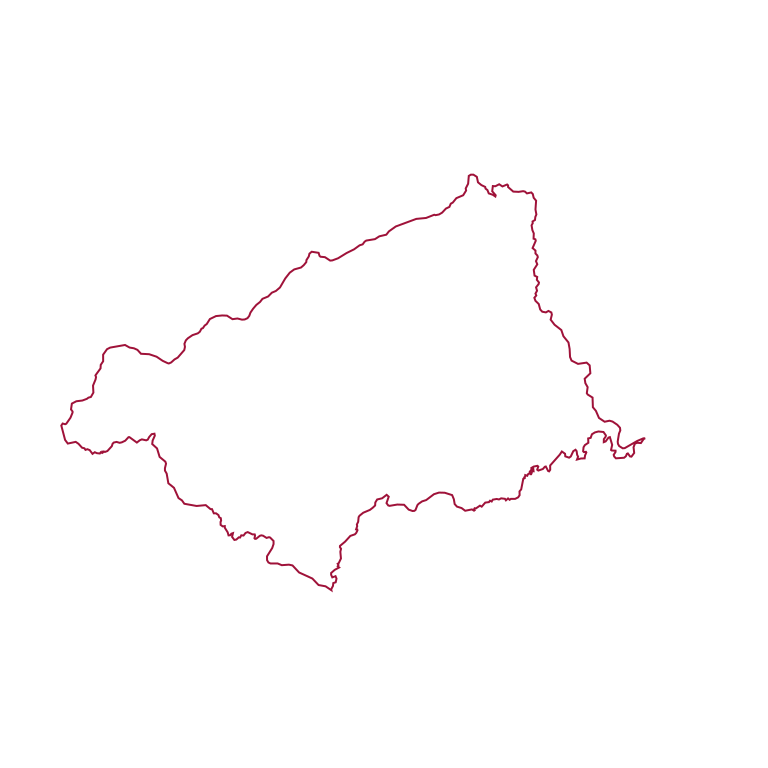 Nóvita, Chocó, Colombia (Natural Earth projection), rotated 218°
{"feature_id": "7082276B8825594364674", "entity_name": "Nóvita", "entity_type": "district", "adm_level": 2, "iso_a3": "COL", "parent_name": "Colombia", "parent_adm1": "Chocó", "projection": "natural_earth1", "projection_center": [-76.662, 4.842], "detail": "fine", "context": "isolated", "style": "outline", "palette": "rose", "viewbox_px": 768, "rotation_deg": 218, "n_neighbors": 0, "source": "geoboundaries", "source_scale": "gbopen_adm2", "svg_char_len": 6166}
<svg xmlns="http://www.w3.org/2000/svg" viewBox="0 0 768 768"><g transform="rotate(218 384 384)"><path d="M522.4,443.7L523.0,440.8L521.8,438.2L521.4,433.9L520.3,432.2L520.4,428.3L521.1,424.7L525.3,419.0L526.8,413.7L526.8,406.4L525.4,396.0L526.5,390.7L528.6,386.9L529.2,381.6L532.2,376.3L532.2,372.3L533.3,367.7L533.5,362.8L533.2,358.0L532.1,354.7L532.1,351.8L533.5,349.1L535.5,347.3L539.8,345.4L543.3,341.8L549.8,341.2L553.7,338.4L558.2,334.1L561.2,328.0L560.6,322.1L561.3,319.6L561.1,316.5L561.9,315.2L561.3,311.8L561.9,309.3L565.0,304.6L566.7,299.3L567.0,296.4L566.0,292.8L563.7,290.7L562.3,287.8L562.8,277.8L564.2,274.4L565.0,269.9L566.2,267.7L567.4,267.2L572.7,266.0L580.0,265.5L587.4,262.9L594.1,258.2L599.3,259.1L603.0,258.2L606.9,256.1L612.1,255.3L622.2,244.1L623.7,240.9L623.4,234.2L619.3,229.0L619.0,224.7L617.0,221.8L616.7,213.1L615.2,212.2L614.1,210.0L612.3,203.6L607.7,198.3L607.0,193.3L608.5,191.3L609.0,189.4L611.5,185.3L615.8,181.0L617.9,176.4L615.0,171.3L612.5,170.6L611.8,169.7L610.3,164.4L609.9,157.1L610.5,156.0L612.9,155.0L612.7,152.6L600.9,143.6L596.5,142.4L591.3,148.6L588.0,148.8L582.7,147.9L580.5,148.9L578.7,148.3L577.6,150.0L575.2,150.7L570.7,149.5L569.9,152.2L567.7,152.7L565.1,154.3L565.2,155.8L564.3,156.0L564.4,157.0L563.4,156.7L563.2,158.4L562.1,158.6L560.7,160.9L560.2,167.4L561.1,169.9L560.9,171.5L559.1,173.7L556.1,174.9L554.7,176.6L553.0,180.0L552.6,184.8L551.9,185.4L542.7,185.7L541.8,189.3L540.7,191.3L536.7,193.2L535.9,194.7L536.4,197.6L536.2,201.4L534.3,203.5L532.8,202.2L531.5,197.0L529.7,194.0L523.2,193.5L515.9,188.4L508.5,188.2L506.7,187.0L504.8,182.8L503.3,180.9L500.1,179.6L492.8,173.0L485.6,172.9L475.7,167.6L471.6,167.9L467.6,166.7L456.6,172.5L449.9,178.8L443.7,178.6L442.5,179.5L438.5,177.3L436.7,178.7L433.8,178.8L431.7,177.5L430.0,177.8L428.2,176.0L427.9,174.7L426.0,172.4L423.4,172.5L422.0,174.0L420.9,172.7L415.9,170.9L413.3,169.0L412.1,170.1L412.1,172.1L411.2,173.5L409.6,170.0L405.9,169.0L404.6,170.5L404.0,173.8L402.9,174.4L403.3,176.9L401.4,178.1L401.4,181.4L400.2,183.4L395.1,184.5L393.3,185.9L392.3,185.2L391.1,182.7L390.2,182.6L389.4,183.5L388.4,187.9L387.5,189.2L385.9,190.0L381.8,190.4L380.3,192.5L379.2,192.9L374.4,192.3L372.5,189.9L371.1,185.9L370.1,176.2L367.7,173.2L365.2,172.2L362.9,172.7L357.3,177.1L353.0,178.3L347.7,183.1L344.4,184.7L334.9,183.2L320.7,186.6L311.8,185.3L305.5,188.6L298.5,189.1L299.2,189.7L299.9,193.5L301.4,195.9L300.0,198.0L301.6,201.4L303.9,202.7L305.7,199.8L308.2,201.1L309.3,202.5L308.4,207.2L306.4,211.8L308.3,211.9L308.4,213.3L309.8,213.8L309.4,215.0L310.5,220.0L315.1,224.9L316.4,227.7L318.3,228.3L319.0,229.3L317.6,235.8L317.0,243.6L314.4,247.6L314.2,249.5L314.8,252.3L315.5,252.9L316.5,252.3L317.6,255.5L318.9,256.6L319.5,259.5L322.0,263.4L322.2,265.1L321.1,269.8L317.6,276.1L316.7,279.5L316.2,282.8L317.9,285.3L318.3,288.8L315.1,292.8L313.7,298.3L310.9,298.1L308.7,291.7L305.9,290.9L304.6,291.4L299.3,297.2L293.8,301.2L287.2,300.2L283.3,301.5L282.0,302.7L281.6,304.1L283.1,309.1L283.0,310.8L281.7,315.0L279.3,318.5L276.8,327.9L273.8,332.3L269.2,335.7L261.9,338.4L258.0,336.2L254.4,332.9L251.0,332.3L246.5,334.0L242.0,334.1L237.5,339.3L235.1,339.6L234.9,340.3L235.9,340.5L236.1,341.9L235.0,342.5L233.5,347.2L231.5,347.5L231.2,352.9L228.6,355.5L228.6,357.3L226.8,357.7L227.1,359.8L224.4,362.8L222.3,363.8L221.3,366.0L218.0,368.0L216.3,367.4L215.8,370.2L213.7,370.1L213.3,371.6L209.9,374.3L208.5,377.3L208.7,379.9L211.1,382.8L211.0,385.4L215.9,395.1L215.2,396.3L216.0,396.8L215.7,397.7L216.6,399.2L214.6,399.9L215.0,401.3L214.4,403.9L213.0,403.1L212.5,403.5L212.9,404.9L215.1,404.9L215.1,407.3L213.1,406.8L212.4,407.3L214.2,409.1L215.5,407.9L216.2,408.5L215.2,411.1L212.7,414.0L211.6,413.9L210.5,410.8L209.1,410.8L206.5,414.8L206.3,417.8L205.7,418.6L201.1,416.5L200.1,416.8L200.2,418.7L202.9,422.1L202.0,436.5L202.3,440.3L198.4,440.5L196.6,438.6L192.8,439.9L192.2,441.9L193.5,447.6L192.6,450.1L190.9,449.7L188.2,447.1L186.3,446.2L185.4,443.3L182.9,446.6L180.1,448.9L181.6,451.5L182.4,454.6L183.1,454.9L184.6,453.4L185.7,453.6L187.8,457.0L188.1,459.5L186.8,463.5L189.6,466.8L188.0,468.8L189.2,472.4L188.0,475.7L185.8,478.6L181.5,481.3L177.5,480.1L176.9,479.0L176.8,475.9L175.0,473.5L174.0,475.2L174.1,480.0L173.3,481.2L166.7,476.5L164.5,471.8L163.6,471.8L160.5,474.0L159.7,473.0L159.4,469.6L158.0,468.6L155.5,468.2L149.4,473.7L148.9,476.0L149.6,478.5L149.1,479.4L145.5,478.4L144.3,479.1L144.4,483.7L148.4,487.8L149.6,491.6L148.1,493.7L145.2,495.6L145.5,500.5L144.8,502.0L146.2,500.8L149.4,495.0L154.8,481.7L156.3,480.3L160.5,479.9L162.8,480.9L164.4,482.5L168.3,489.6L169.2,492.9L171.1,494.8L175.1,495.5L180.8,495.1L183.7,493.9L186.9,490.1L193.7,489.6L200.5,493.3L205.1,494.3L211.3,501.7L217.0,501.1L218.5,501.6L221.6,506.9L225.8,508.6L229.1,511.7L228.0,519.5L233.4,525.3L237.5,525.6L243.5,519.3L250.6,517.9L254.0,519.8L259.3,525.9L264.2,530.3L272.0,532.1L277.5,535.7L286.1,535.7L292.3,537.3L294.4,542.0L296.2,543.4L299.4,542.8L300.5,540.1L303.8,538.4L306.8,538.9L311.3,542.3L315.9,542.8L318.6,544.5L318.5,547.5L320.3,548.5L320.8,551.7L323.7,553.8L323.7,558.0L324.4,559.4L327.7,560.2L329.2,562.7L332.1,562.1L336.3,566.2L336.9,572.7L339.9,574.4L340.9,578.7L342.3,579.7L345.0,580.1L346.8,582.4L350.6,582.6L352.6,590.3L353.8,591.2L355.6,590.6L358.7,594.9L361.8,596.6L365.4,599.9L365.8,602.3L367.0,603.5L366.0,606.2L367.6,608.8L368.3,611.4L372.1,614.8L377.0,622.1L380.7,622.9L383.7,625.3L385.9,625.6L388.7,622.2L391.4,622.4L393.1,621.6L396.2,618.3L400.6,615.2L407.5,615.6L408.5,616.9L409.8,617.0L412.3,612.6L416.2,612.3L418.0,608.4L420.1,607.0L417.4,602.5L412.2,601.5L411.7,600.3L414.7,600.1L418.8,598.7L421.9,600.5L424.3,600.5L425.6,601.6L429.7,600.7L434.1,600.8L438.4,604.4L442.4,604.0L444.4,602.5L445.3,600.2L441.0,593.6L440.0,588.4L438.4,587.0L437.8,581.5L441.4,575.0L441.5,569.3L442.4,567.2L441.5,563.8L443.2,560.4L443.7,554.8L445.0,551.5L447.3,548.8L448.6,548.3L453.1,540.7L460.2,534.0L471.7,515.4L474.1,507.3L474.1,503.1L478.6,497.5L480.3,492.6L486.3,486.1L486.9,484.2L486.8,480.9L488.6,478.3L490.5,471.7L494.1,464.2L497.6,454.8L500.8,449.6L502.4,448.1L508.6,447.6L512.4,445.2L513.7,445.3L516.3,447.1L522.4,443.7Z" fill="none" stroke="#9f1239" stroke-width="2"/></g></svg>